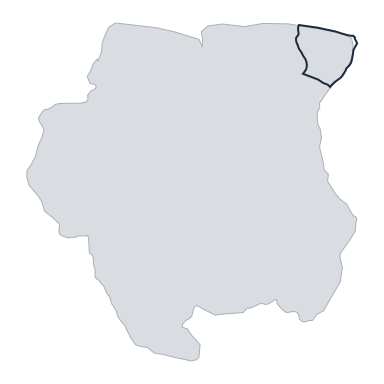 where Marowijne sits in Suriname
{"feature_id": "SUR-67", "entity_name": "Marowijne", "entity_type": "District", "adm_level": 1, "iso_a3": "SUR", "parent_name": "Suriname", "parent_adm1": "", "projection": "albers", "projection_center": [-54.373, 5.594], "detail": "fine", "context": "in_parent", "style": "outline", "palette": "slate", "viewbox_px": 384, "rotation_deg": 0, "n_neighbors": 0, "source": "natural_earth", "source_scale": "10m", "svg_char_len": 3000}
<svg xmlns="http://www.w3.org/2000/svg" viewBox="0 0 384 384"><path d="M343.4,75.1L336.6,80.9L329.2,89.1L319.4,103.2L319.8,107.7L317.7,111.3L317.2,117.6L317.9,124.7L320.4,129.4L321.5,138.3L319.6,146.2L320.3,150.9L322.3,158.2L323.9,166.1L323.8,169.2L326.1,171.8L328.3,174.3L327.6,181.3L335.4,193.8L340.1,199.2L347.0,204.5L349.5,209.6L353.4,215.9L355.7,216.6L356.9,219.1L355.7,223.9L355.4,230.6L351.0,238.3L340.9,252.5L339.7,255.8L342.3,267.6L340.9,277.2L340.3,281.9L335.3,290.3L323.5,310.8L316.7,314.5L312.6,320.4L309.9,320.5L307.0,321.0L306.0,321.8L302.3,321.7L299.4,319.1L299.0,316.0L297.4,312.4L293.8,311.4L286.8,312.6L284.9,311.7L280.8,307.9L277.3,303.7L276.5,299.7L274.3,300.1L269.1,303.7L265.5,304.5L262.7,303.5L259.5,303.8L251.5,307.7L246.8,308.5L243.4,312.5L221.1,314.2L215.3,315.2L202.0,308.4L198.6,306.2L196.8,305.9L195.3,306.2L193.9,307.7L191.7,316.2L189.6,318.5L186.1,320.4L182.7,323.8L182.1,327.1L187.3,328.9L191.6,335.3L196.3,340.4L200.1,345.0L199.6,350.1L198.9,357.3L196.2,359.8L191.6,361.0L174.7,357.4L161.8,354.2L156.3,353.5L153.9,352.7L150.6,350.1L147.4,347.6L142.1,346.7L135.8,345.0L131.2,338.6L126.5,329.5L124.8,325.4L121.1,321.4L117.4,315.8L116.3,310.8L113.6,306.2L112.1,304.6L110.0,298.4L109.6,296.0L108.5,295.7L107.0,293.7L104.1,287.0L103.4,285.4L102.1,284.8L98.7,280.1L96.0,278.4L95.0,276.0L95.2,269.5L93.8,266.2L93.3,260.1L93.3,257.6L91.9,254.9L89.5,253.1L89.1,248.7L88.6,237.7L87.5,235.8L77.6,235.9L76.6,236.9L72.3,237.6L67.5,237.7L63.2,236.2L59.6,234.2L58.9,231.8L59.5,224.2L53.7,218.4L44.6,211.2L41.9,202.2L38.6,196.5L28.6,184.6L26.9,176.5L26.9,170.8L30.5,165.6L35.5,156.3L37.5,148.0L39.1,143.6L41.7,137.9L44.0,130.5L42.3,125.9L39.3,121.4L38.4,118.1L41.3,113.2L44.3,109.8L47.6,109.3L51.8,107.2L55.1,104.3L60.2,103.5L66.5,103.3L79.4,103.3L86.0,102.1L88.0,99.7L87.7,95.1L91.0,91.0L94.5,89.2L95.9,87.9L96.1,86.3L95.2,84.9L93.8,84.0L90.2,83.7L87.1,76.4L89.3,73.3L92.1,67.5L92.9,64.3L97.2,59.1L98.2,60.7L101.6,51.4L102.1,43.8L104.6,36.3L108.6,27.4L115.6,23.0L156.4,27.7L175.0,32.0L199.0,39.4L202.3,47.2L202.5,39.4L201.4,31.5L208.0,25.9L222.6,24.0L244.4,26.7L263.1,23.4L288.5,23.9L327.2,30.3L344.5,34.6L351.7,38.6L353.0,45.7L352.3,54.8L349.5,63.4L343.4,75.1Z" fill="#d9dde1" stroke="#a8b0b8" stroke-width="1"/><path d="M342.2,76.0L340.6,77.8L334.3,82.4L330.8,85.9L330.1,87.0L328.1,85.0L327.4,84.6L326.3,84.1L323.4,83.1L318.8,80.0L317.7,79.4L303.0,73.8L305.7,70.1L306.1,69.2L306.4,68.3L306.6,67.3L306.8,66.2L306.8,64.5L306.4,61.7L305.2,58.8L303.2,55.9L301.5,52.5L299.0,48.8L298.4,47.4L297.7,44.9L297.0,43.7L296.4,41.9L296.2,41.3L296.0,39.2L296.1,38.2L296.4,37.3L298.0,35.4L298.6,34.2L298.0,27.7L298.6,26.0L299.0,25.0L301.5,25.4L317.8,27.7L327.8,29.9L335.6,31.5L342.3,33.7L348.2,35.3L350.0,35.5L351.0,35.9L353.1,35.7L353.5,36.4L354.4,36.7L354.9,37.6L354.7,38.4L356.7,42.2L357.1,43.6L356.4,44.5L354.4,48.2L353.5,49.8L353.1,53.1L352.0,59.4L351.1,62.6L350.1,64.4L348.6,66.2L347.2,67.5L346.5,68.3L346.1,69.0L345.6,70.6L342.2,76.0Z" fill="none" stroke="#1e293b" stroke-width="2"/></svg>